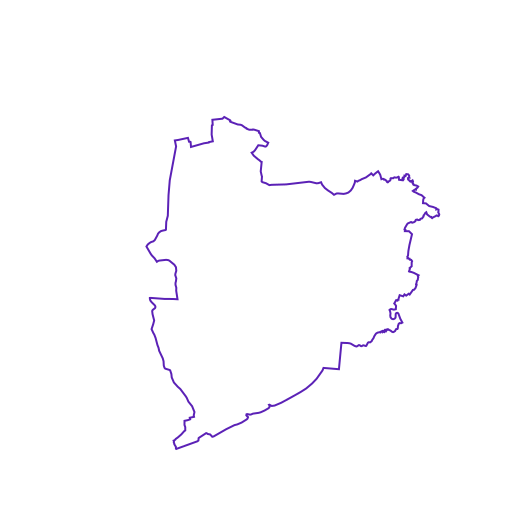 the district of Bang Pakong, Chachoengsao, Thailand, rotated 325°
{"feature_id": "78962969B35774632549792", "entity_name": "Bang Pakong", "entity_type": "district", "adm_level": 2, "iso_a3": "THA", "parent_name": "Thailand", "parent_adm1": "Chachoengsao", "projection": "albers", "projection_center": [100.994, 13.548], "detail": "fine", "context": "isolated", "style": "outline", "palette": "violet", "viewbox_px": 512, "rotation_deg": 325, "n_neighbors": 0, "source": "geoboundaries", "source_scale": "gbopen_adm2", "svg_char_len": 6138}
<svg xmlns="http://www.w3.org/2000/svg" viewBox="0 0 512 512"><g transform="rotate(325 256 256)"><path d="M255.8,114.8L253.4,120.4L228.8,144.5L219.3,155.9L206.8,172.5L202.1,176.5L197.3,182.8L196.7,182.8L194.4,181.8L192.5,181.1L190.3,181.1L188.6,181.5L186.7,182.7L182.2,184.9L180.3,185.1L178.0,184.4L176.3,184.3L173.9,184.5L171.7,185.4L171.0,193.6L171.0,195.8L171.6,199.7L171.5,203.9L173.0,203.9L174.2,204.3L180.2,207.6L181.8,209.1L182.4,210.2L184.1,216.3L184.0,219.3L182.2,222.4L179.9,224.2L178.9,225.3L177.9,228.6L175.9,230.8L174.6,231.9L173.5,233.5L172.5,236.3L170.7,238.7L166.9,246.4L163.2,243.5L156.2,238.5L145.8,230.0L145.0,229.5L144.5,230.2L143.9,231.9L144.0,233.9L144.8,238.3L144.7,239.4L144.4,240.0L143.9,240.5L143.3,240.8L140.5,240.9L139.4,241.5L137.9,244.3L135.6,250.4L132.8,252.8L128.5,256.0L127.7,260.4L127.6,262.0L126.7,265.6L124.2,272.4L123.5,275.3L122.3,278.1L120.9,286.4L119.9,289.2L117.6,292.9L117.1,294.5L116.9,295.5L117.1,296.3L119.7,299.6L120.1,300.4L119.0,304.1L117.3,307.2L116.2,312.5L116.9,318.2L117.7,321.5L118.0,330.7L117.9,332.5L117.1,336.5L117.5,342.4L116.1,348.5L113.6,350.8L113.0,352.2L109.0,350.5L108.4,352.0L105.9,351.3L102.9,350.0L100.5,353.4L99.9,355.6L98.0,358.3L96.7,358.3L92.5,359.3L87.8,359.8L85.2,359.8L84.8,360.1L83.4,360.2L82.6,360.0L82.3,361.0L81.7,361.6L81.5,362.7L81.1,363.4L80.9,366.4L79.9,367.9L80.0,368.3L101.8,374.2L103.0,374.1L104.5,372.3L104.8,372.2L113.6,372.5L114.1,373.2L114.3,374.0L116.1,375.9L116.5,379.0L117.8,379.5L132.3,380.8L141.4,382.2L144.0,383.2L148.7,384.2L154.5,384.5L155.6,384.4L157.0,383.5L157.1,383.0L156.8,382.1L156.7,380.9L157.5,380.2L158.2,380.5L160.0,382.4L160.8,382.9L163.1,383.4L168.2,386.0L170.2,386.7L174.4,387.5L179.1,387.9L180.7,387.3L181.3,386.1L181.3,385.4L181.7,385.5L182.9,387.9L185.5,389.2L192.6,390.7L204.2,392.0L214.4,393.0L221.1,393.3L228.9,392.6L235.3,391.3L244.8,387.9L247.1,386.4L259.0,396.3L276.2,376.1L281.2,379.9L282.6,381.2L283.4,382.2L285.2,386.2L286.3,387.7L286.8,387.9L289.2,388.0L289.8,388.6L290.1,389.7L290.4,390.1L290.9,390.5L292.0,390.5L292.8,390.8L294.4,392.8L294.9,392.8L298.0,391.2L298.9,391.3L299.9,392.2L301.9,392.1L303.1,391.4L305.1,390.7L306.8,389.6L308.7,388.8L309.8,388.4L311.6,388.5L313.5,389.3L314.0,389.9L314.6,389.5L315.8,389.9L315.8,390.7L316.3,390.5L316.6,389.9L316.9,390.0L317.1,390.3L316.9,390.7L317.1,391.0L316.9,391.3L317.4,391.9L318.4,391.2L318.3,390.7L318.6,390.6L318.9,390.8L318.9,392.0L319.1,392.3L319.8,392.0L319.9,390.9L320.2,391.1L320.6,391.0L321.0,391.5L321.7,391.5L321.8,392.0L322.4,392.1L322.5,392.8L323.4,394.2L324.0,396.2L324.6,397.0L325.5,397.2L327.0,397.2L328.6,396.3L329.0,396.3L330.0,396.9L330.8,396.4L332.1,394.8L334.0,393.4L335.1,393.3L336.3,394.3L337.7,394.5L338.2,390.2L339.6,384.9L339.4,383.8L338.5,383.3L337.8,383.3L337.2,383.6L335.4,386.0L334.9,386.5L333.9,386.8L332.7,386.7L332.1,386.4L331.4,385.7L331.1,384.9L331.1,383.2L331.9,381.7L333.3,380.1L334.2,378.0L334.4,376.8L335.6,376.7L336.1,376.9L336.6,377.2L338.1,379.0L340.0,379.8L342.1,377.2L342.2,375.7L342.0,374.2L345.4,372.6L346.2,373.6L346.7,373.1L347.6,373.6L348.2,372.8L351.2,370.5L353.5,373.5L355.6,372.6L356.3,374.6L359.5,374.5L359.8,375.7L361.8,375.0L365.1,373.8L366.1,374.3L366.5,374.2L368.3,373.7L371.0,371.8L370.7,371.2L370.9,370.9L371.9,370.3L373.4,368.7L374.9,368.3L375.9,367.1L376.8,366.4L377.1,365.2L378.1,365.0L375.6,360.3L374.1,358.2L372.6,356.7L372.5,356.4L374.8,354.7L374.9,354.0L377.6,353.7L379.8,350.6L380.9,349.8L380.9,348.2L379.9,347.3L379.8,346.8L380.2,346.3L378.8,344.9L379.5,344.5L379.4,343.5L380.8,342.8L383.6,339.4L388.0,335.0L396.3,327.6L395.5,323.4L392.3,321.1L393.3,320.3L392.8,319.5L394.2,318.4L398.1,316.6L399.1,316.4L402.5,317.1L402.8,317.5L403.0,318.3L404.8,318.9L406.5,318.9L407.1,318.3L407.8,318.1L409.0,318.6L409.4,319.6L410.7,320.3L411.2,320.4L412.0,319.9L413.8,320.5L414.6,320.0L415.8,319.8L416.5,318.9L417.5,318.7L419.5,317.8L420.6,317.8L420.0,320.0L420.9,323.0L421.3,324.0L422.0,324.5L421.8,325.4L422.0,326.0L423.1,325.9L426.3,326.4L427.1,326.3L428.0,327.2L428.0,327.8L428.2,328.0L429.1,327.8L430.0,327.0L430.4,324.6L431.0,324.2L432.1,322.7L431.2,321.3L430.4,321.2L431.0,320.2L429.1,317.3L426.5,314.4L425.4,310.4L423.1,308.5L425.3,305.8L426.4,305.0L427.4,304.9L426.5,301.1L424.9,298.9L423.4,295.8L422.1,293.8L421.8,292.7L424.2,292.7L425.1,293.5L425.5,293.1L425.7,292.7L427.5,292.6L428.7,292.1L427.9,290.4L426.2,288.6L425.8,287.6L426.3,287.0L426.1,286.1L427.4,285.0L427.6,283.9L426.0,284.1L425.9,283.4L425.1,283.5L424.9,282.8L424.9,281.8L424.5,280.7L424.7,280.0L425.4,279.3L426.6,279.9L426.8,279.0L427.6,278.0L427.5,276.4L426.1,275.1L424.3,276.3L423.7,275.3L422.1,276.7L421.2,276.0L420.5,276.4L420.3,276.8L420.6,277.3L420.7,278.0L419.8,278.3L416.9,275.6L418.0,273.7L418.3,273.1L418.2,272.8L416.5,272.6L415.5,272.0L414.4,270.9L413.0,271.0L411.1,269.6L410.6,269.7L409.9,270.7L409.0,271.1L407.4,271.0L406.5,271.3L406.1,271.2L405.8,270.7L406.1,269.8L405.8,269.2L405.8,268.2L405.4,267.4L404.7,267.0L404.8,266.1L403.7,265.2L402.8,265.0L404.3,260.9L404.5,259.3L404.6,256.6L400.9,256.8L398.3,257.2L397.8,254.4L397.1,254.6L391.1,254.7L386.7,253.7L384.9,253.6L382.9,253.1L381.8,253.2L380.3,251.2L379.1,252.5L377.5,253.6L374.2,255.6L371.2,256.7L368.1,257.0L365.7,256.4L363.4,255.4L359.0,251.7L357.8,251.0L355.0,250.6L354.3,247.9L352.5,243.4L351.4,239.8L351.1,235.4L351.6,232.9L348.9,232.1L347.3,231.2L343.5,226.9L342.1,225.6L321.7,214.6L309.7,206.7L307.6,205.6L305.9,202.1L303.7,199.3L303.4,198.5L303.4,198.1L306.5,194.3L306.7,193.5L308.4,189.4L314.6,182.2L314.1,181.5L313.8,179.8L313.0,177.5L311.7,172.5L311.7,168.9L313.9,169.2L315.8,168.8L321.4,166.6L324.5,169.3L326.3,171.7L327.3,172.0L328.9,171.5L331.0,170.2L329.3,166.9L328.9,165.4L328.5,161.4L329.7,157.5L329.1,156.7L330.0,155.4L327.0,151.5L326.1,150.6L325.7,150.7L322.9,148.7L321.3,146.3L321.5,145.8L320.7,144.5L319.4,140.7L318.6,139.6L316.5,137.8L311.9,131.2L311.9,130.9L312.7,130.4L312.7,130.1L309.7,123.9L307.3,124.3L298.4,119.4L295.7,123.8L294.8,123.7L289.3,131.1L286.4,137.3L282.8,135.7L282.4,136.0L278.0,133.8L265.3,129.4L267.8,125.1L267.7,124.8L266.7,124.0L268.0,120.2L258.8,116.3L255.8,114.8Z" fill="none" stroke="#5b21b6" stroke-width="2"/></g></svg>